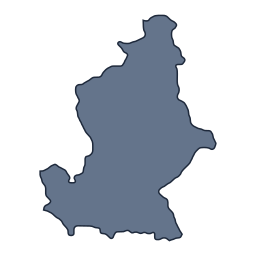 the district of Padre Las Casas, Azua, Dominican Republic
{"feature_id": "3306468B62510937127431", "entity_name": "Padre Las Casas", "entity_type": "district", "adm_level": 2, "iso_a3": "DOM", "parent_name": "Dominican Republic", "parent_adm1": "Azua", "projection": "mercator", "projection_center": [-70.907, 18.827], "detail": "fine", "context": "isolated", "style": "filled", "palette": "slate", "viewbox_px": 256, "rotation_deg": 0, "n_neighbors": 0, "source": "geoboundaries", "source_scale": "gbopen_adm2", "svg_char_len": 5785}
<svg xmlns="http://www.w3.org/2000/svg" viewBox="0 0 256 256"><path d="M215.9,143.2L215.2,141.9L214.5,140.3L213.4,138.1L212.7,135.0L212.5,134.2L211.1,131.9L210.6,131.3L209.8,130.9L208.9,130.7L205.6,130.6L204.2,130.4L203.4,130.1L201.5,129.2L198.1,128.4L193.9,126.3L192.8,125.5L191.8,124.5L191.0,123.3L190.6,122.4L190.5,121.6L190.1,118.0L188.8,114.8L188.4,111.4L188.1,110.0L186.2,105.8L184.7,103.4L184.2,102.8L183.6,102.3L181.6,101.1L179.0,99.9L178.1,99.0L177.5,97.9L177.3,97.0L177.4,95.7L177.6,94.8L178.5,93.0L178.8,92.2L179.1,90.7L179.1,89.3L179.0,88.3L178.7,87.3L177.7,85.1L177.4,83.7L177.2,81.2L177.3,74.0L177.2,70.9L176.9,68.9L175.9,66.9L175.8,66.1L175.8,65.8L176.1,65.1L176.8,64.7L177.6,64.5L181.2,64.4L182.0,64.2L182.4,64.0L182.9,63.5L184.4,61.5L184.7,60.7L184.9,59.9L184.6,59.1L184.2,58.4L183.2,57.6L182.0,56.7L181.5,56.1L181.1,54.8L180.8,52.5L180.6,51.6L180.1,50.4L178.9,48.4L178.3,47.9L174.7,45.6L174.1,45.1L173.9,44.8L173.5,43.5L173.1,40.7L171.8,37.5L171.6,36.1L171.5,34.1L171.6,32.6L171.9,31.2L172.2,30.4L172.7,29.8L173.3,29.3L174.9,28.2L175.3,27.6L176.4,25.7L176.5,25.0L176.3,24.2L175.8,23.5L174.5,22.2L173.4,21.5L171.8,20.7L171.0,20.2L169.9,19.3L167.4,16.9L166.6,16.3L165.8,15.9L164.4,15.5L162.5,15.4L158.5,15.4L155.6,15.7L154.4,16.0L151.1,17.7L149.9,18.7L148.8,20.1L148.5,20.4L147.9,20.7L147.0,20.9L145.7,20.9L144.4,20.7L143.2,20.3L143.4,26.9L143.6,28.8L143.9,30.2L145.0,32.4L145.2,33.3L145.3,34.2L145.2,35.0L144.9,35.9L144.5,36.6L143.9,37.2L142.9,37.9L135.7,41.3L132.8,42.0L130.1,43.1L129.3,43.4L127.0,43.5L124.2,43.3L122.9,43.0L120.8,41.9L120.0,41.7L119.2,41.8L118.8,42.0L118.2,42.5L118.0,42.8L117.8,43.5L117.9,44.0L118.0,44.3L118.5,45.0L121.0,47.5L121.9,48.6L122.3,49.3L123.2,50.8L123.6,51.5L124.6,52.3L126.3,53.2L126.9,53.6L127.3,54.2L127.6,54.9L127.6,55.3L127.4,55.9L126.3,58.5L125.0,60.6L124.2,62.6L122.5,65.2L121.9,65.7L120.7,66.1L119.3,66.1L113.5,66.1L112.1,66.2L111.2,66.5L107.5,68.4L105.7,69.8L103.5,72.2L102.7,73.3L101.6,75.5L101.0,76.1L100.4,76.6L99.6,77.0L98.7,77.2L94.6,77.3L93.7,77.4L92.9,77.6L91.7,78.3L89.1,80.3L87.2,81.3L84.1,83.1L82.8,84.1L81.7,84.5L78.7,84.7L77.9,85.0L77.2,85.4L76.6,86.0L76.1,86.7L75.9,87.1L75.7,88.4L75.6,89.8L75.7,91.7L75.9,93.0L76.3,94.3L77.3,96.1L78.0,97.7L78.8,99.1L79.2,100.2L79.2,101.1L79.0,101.9L76.5,106.6L76.2,107.8L76.2,109.0L77.2,111.2L77.4,112.1L77.9,116.1L78.2,116.9L79.2,118.7L79.8,120.3L81.1,122.5L81.7,124.1L82.9,126.3L83.6,127.9L84.8,130.1L85.5,131.6L86.6,133.1L90.0,136.9L90.5,137.6L92.3,141.4L92.7,143.3L92.8,145.7L92.8,149.6L92.7,151.0L92.5,152.0L91.9,153.2L91.3,154.0L90.3,154.9L89.5,155.5L88.7,155.9L86.8,156.4L86.1,156.6L85.6,157.2L85.3,158.0L85.1,158.9L85.1,163.2L85.0,164.6L84.8,165.5L83.9,167.4L83.7,168.2L83.2,171.6L82.9,172.4L82.7,172.7L82.1,173.2L79.7,174.5L78.9,174.8L76.4,175.2L75.3,175.8L74.7,176.4L74.4,177.1L74.2,178.0L74.4,178.7L75.3,180.6L75.4,181.3L75.1,182.1L74.8,182.3L74.1,182.7L72.9,182.8L71.6,182.8L70.3,182.7L69.6,182.5L68.9,182.0L68.6,181.3L68.7,180.6L69.5,179.0L69.7,178.3L69.7,177.5L69.6,177.0L69.0,175.9L67.1,173.3L66.1,171.4L65.6,170.7L65.0,170.1L64.3,169.7L62.4,168.7L60.6,167.7L59.0,167.0L58.3,166.5L56.6,165.1L55.5,164.5L55.1,164.4L54.4,164.5L51.5,165.8L50.7,166.3L47.8,168.6L44.1,170.5L43.2,170.8L42.4,171.0L40.1,171.1L40.1,174.8L40.5,176.6L41.5,178.8L42.1,181.3L42.4,182.2L43.1,183.3L44.8,185.5L45.4,186.7L45.7,188.5L45.7,193.6L46.0,195.0L46.3,195.8L46.9,196.6L49.9,199.8L50.4,200.5L50.6,201.2L50.5,201.7L50.2,202.4L49.3,203.4L47.9,204.4L45.6,205.5L44.7,206.4L44.1,207.5L43.6,210.0L47.4,211.0L51.2,212.9L52.7,214.0L55.3,216.4L56.4,217.3L57.2,217.8L59.1,218.8L60.5,220.0L61.5,221.0L62.0,221.8L63.0,223.7L63.5,224.5L66.5,227.8L67.3,229.0L67.8,229.8L68.0,230.7L68.2,233.2L68.4,234.0L68.8,234.7L69.1,235.0L69.9,235.3L71.1,235.5L72.3,235.3L73.0,235.0L73.6,234.4L73.8,234.0L73.9,233.1L73.9,229.8L74.1,228.4L74.2,228.0L74.7,227.3L75.2,226.7L76.0,226.2L76.9,225.9L78.3,225.8L89.7,226.0L92.1,226.3L94.8,227.4L95.6,227.6L98.2,227.9L99.3,228.3L99.6,228.6L100.0,229.2L100.1,230.0L100.4,231.9L100.6,232.6L100.9,232.9L101.2,233.1L101.9,233.4L104.8,233.8L106.0,234.3L107.2,235.2L109.9,237.8L110.6,238.2L111.0,238.4L111.4,238.4L112.2,238.2L113.0,237.5L113.3,236.8L113.9,235.3L115.0,233.3L115.5,232.7L116.1,232.2L116.9,231.9L117.8,231.8L121.6,231.7L123.6,231.6L124.4,231.3L126.2,230.6L127.5,230.4L128.3,230.5L128.7,230.7L131.1,232.4L131.8,232.8L132.2,232.8L132.9,232.8L134.6,232.2L136.3,232.1L137.6,232.4L139.4,233.1L140.6,233.4L141.8,233.2L143.5,232.5L144.4,232.4L145.6,232.6L147.0,233.3L147.8,233.5L149.1,233.6L150.4,233.5L152.4,232.6L153.1,232.4L153.8,232.6L154.1,232.8L154.6,233.5L154.7,234.3L154.7,236.9L154.8,237.8L155.0,238.6L155.3,238.9L155.6,239.2L156.0,239.4L156.9,239.6L158.8,239.6L160.2,239.2L162.0,238.3L162.8,238.0L163.6,237.9L164.5,237.9L165.4,238.0L166.6,238.5L169.4,240.6L171.2,239.9L173.3,239.3L175.6,238.3L176.5,238.1L178.8,237.8L179.7,237.6L180.4,237.2L180.9,236.6L182.1,234.2L179.7,230.5L178.8,228.6L177.6,226.4L176.9,224.8L175.9,223.0L175.5,221.7L175.1,219.6L174.8,218.8L173.9,216.9L173.4,214.3L172.9,213.1L171.8,211.7L169.2,209.0L168.7,208.3L168.3,207.5L168.0,206.6L167.9,205.7L167.9,202.5L167.6,200.7L167.3,199.9L166.8,199.3L166.1,198.7L163.9,197.6L162.8,196.8L160.0,194.3L159.2,193.3L158.8,192.5L158.7,191.6L158.8,190.7L159.2,189.9L159.7,189.3L161.2,187.9L162.3,187.2L164.3,186.3L167.7,183.8L170.0,182.6L171.0,181.8L174.4,178.7L175.5,177.9L177.5,177.0L178.5,176.3L179.4,175.4L180.5,174.1L181.4,172.1L182.4,170.7L183.9,169.0L188.1,164.9L189.6,163.2L190.1,162.4L190.8,160.9L192.0,158.7L192.6,157.1L193.8,154.9L194.7,153.0L196.1,151.2L198.4,148.9L199.5,148.1L200.4,147.8L201.7,147.6L204.0,147.5L206.4,147.6L207.7,147.8L209.0,148.1L211.1,149.2L212.0,149.3L212.8,149.2L213.9,148.5L214.6,147.5L215.6,144.8L215.9,143.2Z" fill="#64748b" stroke="#1e293b" stroke-width="1.5"/></svg>